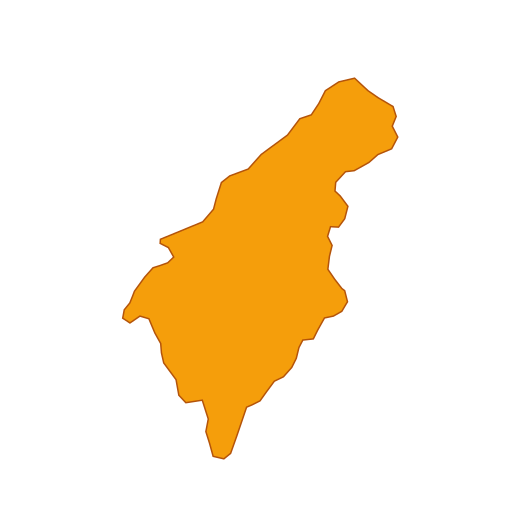 the district of Hamyang-gun, South Gyeongsang, South Korea, rotated 202°
{"feature_id": "91817680B59476098361869", "entity_name": "Hamyang-gun", "entity_type": "district", "adm_level": 2, "iso_a3": "KOR", "parent_name": "South Korea", "parent_adm1": "South Gyeongsang", "projection": "orthographic", "projection_center": [127.715, 35.54], "detail": "fine", "context": "isolated", "style": "filled", "palette": "amber", "viewbox_px": 512, "rotation_deg": 202, "n_neighbors": 0, "source": "geoboundaries", "source_scale": "gbopen_adm2", "svg_char_len": 1264}
<svg xmlns="http://www.w3.org/2000/svg" viewBox="0 0 512 512"><g transform="rotate(202 256 256)"><path d="M220.7,54.2L209.8,55.9L205.6,63.5L206.4,82.0L207.2,96.3L208.1,112.3L203.9,116.5L198.0,123.2L195.4,134.1L192.1,146.8L185.3,154.3L181.1,166.1L180.3,176.2L181.9,187.2L181.1,195.6L171.8,200.6L171.0,210.8L169.3,224.2L161.7,229.3L155.7,236.9L154.4,245.6L154.0,247.8L160.8,257.1L164.2,258.0L174.3,263.9L184.4,270.6L187.8,283.3L189.4,294.3L197.0,301.0L197.9,311.1L190.3,313.7L187.7,323.8L189.4,336.5L200.4,343.2L207.1,345.8L209.7,354.2L204.6,367.7L196.9,371.9L186.3,385.1L181.0,395.7L170.4,406.2L169.1,419.4L178.3,427.4L178.3,437.9L181.8,442.1L184.9,445.9L202.1,448.5L214.0,451.2L223.7,454.9L231.2,457.8L244.4,448.5L253.6,435.3L254.9,420.8L257.6,407.6L266.8,399.7L272.1,379.9L282.7,362.7L289.2,352.1L295.8,333.7L310.3,320.5L315.6,311.2L314.3,294.1L312.9,283.5L318.2,267.7L350.9,235.7L349.6,231.8L340.4,231.0L331.9,224.2L335.3,216.6L342.0,210.7L347.1,206.5L351.3,194.7L355.5,177.8L355.4,172.8L355.4,165.2L358.0,156.8L356.3,148.4L347.8,146.7L341.1,156.8L331.8,157.7L320.9,146.7L311.6,139.2L307.4,130.8L301.5,122.3L283.8,111.4L275.4,98.0L266.1,93.7L251.8,102.2L239.2,87.0L236.7,74.4L229.1,65.2L220.7,54.2Z" fill="#f59e0b" stroke="#b45309" stroke-width="1.5"/></g></svg>